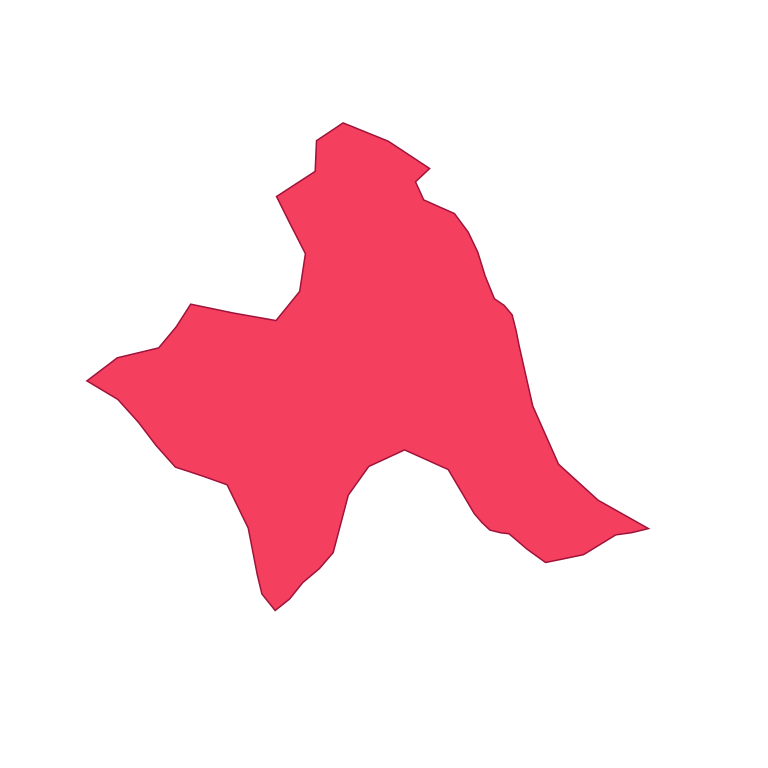 an SVG outline of Ağsu, rotated 103°
{"feature_id": "AZE-1693", "entity_name": "Ağsu", "entity_type": "District", "adm_level": 1, "iso_a3": "AZE", "parent_name": "Azerbaijan", "parent_adm1": "", "projection": "albers", "projection_center": [48.381, 40.536], "detail": "fine", "context": "isolated", "style": "filled", "palette": "rose", "viewbox_px": 768, "rotation_deg": 103, "n_neighbors": 0, "source": "natural_earth", "source_scale": "10m", "svg_char_len": 926}
<svg xmlns="http://www.w3.org/2000/svg" viewBox="0 0 768 768"><g transform="rotate(103 384 384)"><path d="M476.6,614.6L458.9,639.9L447.8,674.2L418.4,649.7L399.5,611.7L375.2,599.4L349.7,590.3L348.8,548.2L346.5,503.5L312.8,487.0L274.7,489.9L249.4,511.2L225.5,530.9L206.9,513.0L192.3,498.9L162.1,504.5L138.8,482.6L146.5,434.4L163.8,388.0L179.9,398.8L195.7,386.7L198.8,370.8L202.1,353.7L217.1,336.1L234.4,322.3L256.1,309.7L276.1,295.6L280.4,284.6L287.8,274.7L302.0,267.4L316.4,260.9L372.0,234.1L422.9,195.9L449.1,149.2L465.4,93.8L473.1,109.1L478.9,124.3L505.4,151.2L521.6,186.4L512.8,207.4L501.8,228.5L502.7,236.6L502.5,248.0L496.9,257.5L490.0,266.9L452.9,302.2L443.6,349.2L467.8,380.3L500.3,393.8L530.0,394.7L559.7,395.6L578.2,405.3L595.8,418.5L614.7,427.6L629.2,439.1L616.1,455.7L598.3,464.6L554.9,483.9L517.5,514.2L514.4,541.2L511.9,568.6L495.3,592.1L476.6,614.6Z" fill="#f43f5e" stroke="#9f1239" stroke-width="1.5"/></g></svg>